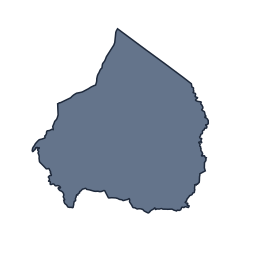 Ea Sup, Đắk Lắk, Vietnam (Robinson projection), rotated 106°
{"feature_id": "81297802B87471755079038", "entity_name": "Ea Sup", "entity_type": "district", "adm_level": 2, "iso_a3": "VNM", "parent_name": "Vietnam", "parent_adm1": "Đắk Lắk", "projection": "robinson", "projection_center": [107.824, 13.181], "detail": "fine", "context": "isolated", "style": "filled", "palette": "slate", "viewbox_px": 256, "rotation_deg": 106, "n_neighbors": 0, "source": "geoboundaries", "source_scale": "gbopen_adm2", "svg_char_len": 5792}
<svg xmlns="http://www.w3.org/2000/svg" viewBox="0 0 256 256"><g transform="rotate(106 128 128)"><path d="M189.8,195.3L189.3,194.0L188.8,193.1L188.8,192.8L191.7,190.2L192.1,190.4L192.6,190.2L193.9,188.9L194.4,188.7L194.7,188.7L195.0,189.0L195.1,189.8L195.3,190.1L196.7,191.0L197.2,191.0L198.0,189.9L199.3,189.3L199.8,189.2L200.1,189.3L200.7,189.7L201.0,189.6L201.0,188.3L201.1,188.0L201.3,187.8L203.2,187.4L203.4,187.3L203.6,187.1L203.6,186.4L203.4,186.1L202.8,185.3L202.5,184.8L202.4,183.9L202.5,183.5L203.5,182.1L203.5,181.9L203.5,181.4L202.7,179.7L202.7,178.7L202.9,177.7L203.3,177.0L203.6,176.6L203.8,176.5L204.3,176.6L204.4,176.8L204.5,178.1L204.5,178.4L204.7,178.5L205.2,178.5L205.7,178.1L206.7,176.7L206.9,176.1L207.1,174.5L207.5,173.5L207.8,173.0L208.7,172.0L210.1,171.2L212.0,171.3L214.2,169.2L214.6,169.2L215.1,169.9L217.2,168.7L218.0,167.9L219.0,165.7L220.2,164.4L220.5,164.0L220.5,163.4L220.4,162.1L219.9,160.8L219.9,160.0L220.0,159.7L219.7,159.1L219.4,158.9L216.3,159.1L215.4,159.4L214.1,159.4L213.4,159.4L213.1,159.2L212.6,158.5L212.3,158.4L211.5,158.5L210.9,158.9L210.2,159.1L208.9,158.9L206.7,159.0L206.4,158.9L206.3,157.9L205.9,157.8L205.0,157.8L204.7,157.7L204.0,157.0L203.7,156.7L203.4,156.7L202.7,156.9L202.4,156.9L201.5,156.0L200.7,155.6L199.4,155.0L198.6,153.6L197.9,152.6L197.7,152.0L198.4,150.8L198.1,148.2L198.1,143.2L197.9,141.9L197.1,139.5L197.0,137.7L196.8,137.1L196.4,136.1L194.7,133.9L194.7,133.1L200.3,127.8L200.5,127.5L200.5,127.1L200.4,126.8L199.5,124.5L198.6,120.5L198.6,118.3L199.0,116.6L198.9,115.7L198.7,114.5L198.8,113.6L199.1,112.9L199.0,112.4L197.6,110.1L196.9,108.8L196.5,108.3L195.7,107.7L195.6,107.4L196.0,106.9L196.9,106.5L197.9,106.4L198.4,106.2L198.8,105.9L201.3,103.0L202.7,101.8L203.1,101.1L202.8,99.1L203.3,97.4L203.3,96.7L202.9,96.0L202.4,94.6L202.2,93.3L202.2,92.0L202.3,91.2L203.3,89.6L203.8,87.3L204.1,85.5L204.0,85.0L203.8,84.8L203.4,84.4L202.4,84.1L202.2,83.7L201.5,83.6L200.2,82.5L199.4,81.6L197.5,80.3L197.5,80.0L197.7,79.8L198.3,79.6L198.6,79.4L198.7,79.0L198.4,78.5L197.9,78.2L197.3,75.6L196.3,73.9L196.2,73.2L196.4,72.1L195.4,68.5L195.2,67.4L193.9,63.5L194.0,62.3L194.3,61.5L194.3,59.6L194.4,58.6L194.3,58.4L194.0,58.2L193.7,58.2L193.4,57.8L193.2,57.3L193.2,56.2L192.2,54.9L190.8,54.6L189.7,54.5L189.4,54.4L189.1,53.9L189.1,52.6L189.0,52.3L187.9,51.4L187.8,50.9L187.8,48.2L187.5,48.0L186.7,47.7L186.0,47.8L185.9,47.9L185.8,48.3L185.9,49.4L185.6,50.0L185.1,50.0L184.4,49.7L184.2,49.7L183.9,50.0L184.0,51.3L184.0,51.9L183.7,52.5L182.8,52.3L182.5,51.9L182.2,51.6L181.2,51.8L180.7,51.6L180.1,51.7L176.8,50.3L176.0,50.2L175.7,49.6L174.5,48.2L174.0,48.0L172.9,47.9L172.4,47.5L172.2,47.1L171.9,46.7L171.3,46.5L170.1,46.8L169.0,46.7L168.6,47.0L167.7,47.4L166.2,47.7L165.2,47.8L164.3,48.2L164.0,47.5L164.0,46.8L163.3,46.9L163.0,45.9L162.7,45.6L162.3,45.6L162.0,45.5L161.6,45.1L160.7,44.6L159.2,44.8L155.2,45.8L153.9,45.9L152.2,46.3L147.9,41.9L145.3,43.6L140.3,44.9L140.0,45.0L139.3,44.6L138.8,44.5L138.4,44.3L137.8,44.4L137.5,44.2L137.1,44.4L136.3,44.4L136.0,44.8L135.8,44.8L135.0,44.6L135.0,45.2L134.7,45.9L134.5,46.2L133.7,46.8L133.8,47.6L134.1,48.1L134.5,49.2L134.5,49.5L134.4,49.6L133.8,49.7L133.1,49.1L132.9,49.1L132.4,49.4L132.0,49.3L131.8,49.3L131.0,50.1L130.3,50.7L129.7,51.7L129.3,51.8L129.0,52.0L127.9,52.0L127.5,52.6L126.5,52.8L126.1,53.0L125.9,53.3L125.8,53.8L125.4,54.1L124.7,54.3L123.9,54.1L123.5,54.3L122.9,55.5L122.4,56.0L122.2,56.0L121.8,55.6L121.5,55.0L121.5,54.5L121.9,53.5L121.9,53.3L121.7,53.2L121.4,53.2L120.5,54.1L119.3,54.5L118.9,54.5L118.4,54.2L118.0,54.2L117.8,54.5L117.9,55.4L117.8,56.0L117.4,56.4L116.9,56.7L115.5,56.1L114.5,56.3L114.1,56.3L113.7,56.0L113.4,55.5L112.9,55.1L112.6,55.1L112.0,55.1L110.6,55.6L110.2,55.5L109.2,54.9L108.8,54.3L107.6,54.3L107.0,54.1L106.9,53.9L106.7,53.0L106.3,52.5L106.0,52.4L105.2,52.5L104.7,52.7L104.4,53.0L104.4,53.6L104.3,53.8L103.9,54.0L103.5,54.1L103.4,53.9L103.0,53.2L102.5,52.6L102.1,52.2L101.5,52.1L98.8,52.9L97.8,53.8L97.2,54.7L96.8,55.6L96.7,56.8L96.5,57.1L96.4,57.2L96.1,57.1L95.8,56.9L95.5,56.4L95.2,56.4L94.8,56.6L94.7,57.0L94.1,57.5L91.6,58.8L91.2,59.3L90.6,61.5L90.1,62.1L89.7,62.1L89.1,61.7L88.8,61.6L88.1,61.6L87.5,61.7L87.1,61.9L86.5,62.6L85.7,63.1L85.0,64.4L84.6,64.7L83.3,64.7L83.0,64.8L82.8,65.0L82.8,65.6L83.2,68.5L82.9,70.3L82.6,70.7L82.2,70.8L81.9,70.7L80.2,69.6L79.8,69.5L79.6,69.9L79.4,71.9L79.2,72.1L78.9,72.2L77.0,72.3L76.3,72.7L76.1,73.6L76.1,74.9L76.0,75.0L75.8,75.2L75.5,75.2L74.6,74.9L74.2,75.0L73.2,75.7L72.0,75.9L71.5,76.1L71.3,76.4L71.0,77.5L70.9,77.9L68.0,79.3L64.3,88.5L56.0,110.4L48.0,132.2L35.5,165.4L38.0,166.0L39.4,166.1L43.8,165.3L49.5,164.3L52.2,164.5L65.3,168.4L68.7,168.7L70.3,169.0L73.0,170.1L74.2,170.1L77.5,169.6L78.8,170.4L80.2,170.8L83.1,171.2L84.4,171.6L86.3,171.8L89.3,171.6L90.8,171.2L92.6,170.9L95.7,171.0L96.5,172.2L98.9,174.9L101.2,176.9L105.7,181.6L106.2,182.3L106.8,183.3L108.7,187.0L109.7,188.0L111.3,189.4L113.3,190.7L114.7,191.4L122.2,199.8L122.8,201.1L123.7,201.6L124.1,202.3L134.7,198.8L137.5,198.8L139.1,199.0L140.3,199.5L141.4,200.1L142.1,200.3L144.2,200.4L147.3,200.8L149.8,199.5L150.2,199.5L150.2,200.8L152.0,202.7L153.0,204.9L154.0,205.2L154.9,205.1L155.5,204.8L156.4,204.9L157.9,205.2L158.7,205.8L159.9,205.2L160.1,205.1L160.5,205.2L162.3,207.6L163.7,210.1L165.7,211.3L168.6,212.7L170.5,213.1L172.4,213.8L173.7,214.1L176.0,213.9L176.9,213.3L176.8,213.0L176.4,212.5L175.8,212.4L175.1,212.0L174.4,211.4L173.9,211.4L173.6,211.4L173.0,210.9L172.8,210.9L172.6,211.2L172.4,211.2L172.1,210.5L171.8,210.3L171.7,210.1L172.0,209.4L171.9,208.9L171.4,208.0L171.6,207.8L172.1,207.8L172.5,208.1L173.0,208.9L173.5,209.0L174.3,208.6L175.0,207.5L175.4,207.4L176.8,207.6L178.4,206.3L179.6,205.6L180.3,205.4L181.5,205.2L184.8,203.8L185.5,202.8L187.6,199.0L189.8,195.3Z" fill="#64748b" stroke="#1e293b" stroke-width="1.5"/></g></svg>